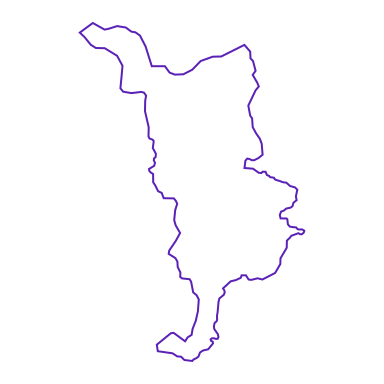 Bria, Haute-Kotto, Central African Republic
{"feature_id": "33826404B18938631147464", "entity_name": "Bria", "entity_type": "district", "adm_level": 2, "iso_a3": "CAF", "parent_name": "Central African Republic", "parent_adm1": "Haute-Kotto", "projection": "mercator", "projection_center": [22.039, 6.617], "detail": "fine", "context": "isolated", "style": "outline", "palette": "violet", "viewbox_px": 384, "rotation_deg": 0, "n_neighbors": 0, "source": "geoboundaries", "source_scale": "gbopen_adm2", "svg_char_len": 2576}
<svg xmlns="http://www.w3.org/2000/svg" viewBox="0 0 384 384"><path d="M262.6,154.7L261.7,143.8L259.9,138.8L256.1,133.4L252.7,127.1L252.1,118.4L250.2,115.6L248.3,105.6L255.6,90.3L258.8,86.5L257.3,82.8L252.7,74.9L255.6,70.8L253.0,61.0L250.5,58.4L250.2,51.6L244.4,44.9L221.2,56.5L212.7,56.7L200.7,61.0L192.3,69.7L183.3,74.3L174.8,74.6L169.6,72.6L164.9,66.2L151.8,66.2L145.6,46.5L140.0,35.6L135.4,32.3L131.3,31.6L125.8,27.5L117.1,26.1L108.9,28.7L104.6,29.6L92.8,23.0L79.8,32.6L84.3,36.8L90.8,44.8L95.9,48.0L104.7,48.2L117.1,55.8L122.5,65.8L121.4,78.2L120.4,88.3L123.2,91.7L131.4,93.1L135.8,92.6L141.2,91.9L143.9,92.6L146.1,95.6L145.2,100.7L145.0,111.2L145.9,115.1L148.7,127.3L148.5,136.5L149.5,138.5L152.5,139.6L153.6,140.8L153.6,142.2L152.8,148.0L155.9,153.8L155.6,157.1L154.0,158.5L153.8,160.3L155.0,162.8L154.2,165.8L149.0,169.0L149.3,170.9L150.5,172.3L153.1,174.0L153.2,182.3L155.2,185.3L158.1,191.2L161.7,192.9L163.7,198.2L173.9,198.4L176.0,201.1L177.2,203.8L175.2,210.1L174.2,220.2L175.7,225.4L180.1,233.0L175.9,240.7L169.2,250.6L168.7,253.9L175.4,258.1L177.4,261.6L177.7,267.0L180.4,272.5L180.2,276.9L182.0,278.4L189.6,279.2L191.1,281.7L193.2,292.4L196.6,295.2L198.8,299.5L198.7,300.7L197.9,311.3L195.8,320.7L192.6,328.9L191.6,334.9L187.6,337.4L185.1,341.3L173.7,332.9L170.9,333.2L156.8,344.7L157.8,351.2L172.5,353.3L177.3,356.4L181.1,356.7L184.4,360.0L192.2,361.0L193.6,359.4L196.3,358.2L198.5,356.5L200.0,352.5L203.0,350.5L208.2,349.3L213.0,343.4L212.7,341.6L211.0,340.8L210.6,339.4L211.7,338.4L213.6,338.2L215.8,338.9L217.6,338.8L218.5,337.0L217.8,334.0L214.3,329.1L213.9,326.3L214.6,323.0L216.5,321.4L217.1,319.8L217.0,315.7L217.6,312.3L218.5,302.1L219.4,298.4L223.8,294.8L224.7,292.5L224.4,290.5L223.0,288.4L230.7,281.3L235.8,280.1L240.8,277.8L241.6,275.3L245.9,275.3L248.6,279.5L251.2,279.9L257.6,278.3L262.4,279.5L275.1,273.0L280.3,264.1L280.5,258.3L286.7,247.8L286.9,240.6L290.0,237.6L291.3,235.8L298.4,233.2L300.1,234.2L301.7,234.3L303.4,233.0L304.2,231.6L304.2,230.6L302.1,229.4L299.2,229.5L297.6,229.2L296.1,227.4L292.5,227.1L289.8,226.6L287.9,224.3L287.3,219.1L286.5,218.5L280.6,218.4L279.8,215.2L281.0,211.7L284.0,210.5L286.1,208.6L290.7,207.6L292.5,206.2L293.4,202.8L296.6,200.2L295.9,196.5L297.3,189.7L295.0,187.4L290.1,186.0L286.4,182.7L282.8,182.2L279.8,181.0L276.6,180.1L274.8,179.3L274.0,177.8L272.1,177.4L270.2,177.2L269.1,175.9L266.9,175.0L265.6,171.8L262.7,171.7L261.4,173.0L258.8,172.8L253.0,168.7L244.5,168.0L245.4,160.7L247.2,158.6L249.4,159.0L251.9,160.2L254.2,160.2L258.4,158.1L262.6,154.7Z" fill="none" stroke="#5b21b6" stroke-width="2"/></svg>